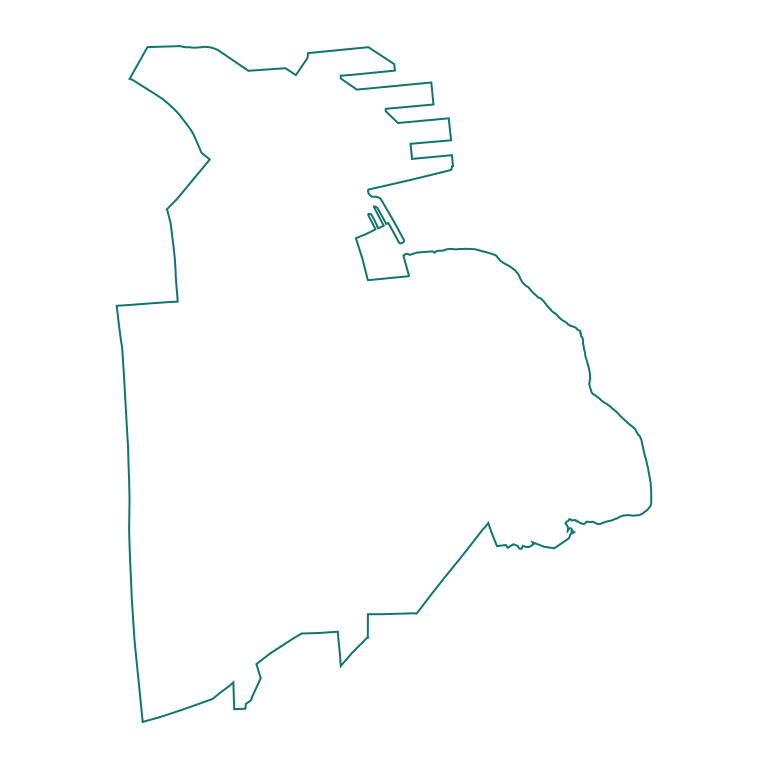 Comuna 1, Ciudad de Buenos Aires, Argentina (Robinson projection)
{"feature_id": "61730980B33319795319357", "entity_name": "Comuna 1", "entity_type": "district", "adm_level": 2, "iso_a3": "ARG", "parent_name": "Argentina", "parent_adm1": "Ciudad de Buenos Aires", "projection": "robinson", "projection_center": [-58.363, -34.606], "detail": "fine", "context": "isolated", "style": "outline", "palette": "teal", "viewbox_px": 768, "rotation_deg": 0, "n_neighbors": 0, "source": "geoboundaries", "source_scale": "gbopen_adm2", "svg_char_len": 6070}
<svg xmlns="http://www.w3.org/2000/svg" viewBox="0 0 768 768"><path d="M308.1,53.1L307.5,58.0L295.9,75.1L285.4,68.2L248.4,70.8L218.0,50.1L215.9,49.1L214.3,48.5L212.6,48.0L210.9,47.5L209.1,47.2L207.3,47.0L205.6,46.9L203.8,46.9L202.0,47.1L200.2,47.3L195.8,47.7L193.6,47.7L191.4,47.5L189.1,47.2L186.9,47.3L185.2,47.2L183.4,46.9L182.3,46.7L180.6,46.1L147.5,47.1L129.6,78.9L130.7,79.2L132.1,79.7L133.1,80.2L134.4,81.0L140.0,84.6L151.2,91.6L156.9,95.2L162.3,98.8L167.9,103.4L172.2,107.3L176.7,111.7L179.9,115.4L186.7,124.2L190.5,129.3L193.2,133.8L195.9,139.8L201.5,152.8L208.8,158.7L209.7,159.3L208.1,161.5L177.2,198.8L167.5,208.7L166.8,209.4L167.2,209.8L170.7,223.6L173.2,244.3L173.6,246.8L175.0,261.1L175.7,273.1L175.7,276.0L176.6,288.2L176.9,290.8L177.7,301.6L166.8,302.2L151.4,303.3L130.6,304.9L116.7,305.8L118.5,321.4L120.3,335.7L122.2,348.2L124.0,376.4L124.8,390.3L126.5,420.8L128.0,446.3L128.2,451.0L128.4,460.5L129.1,480.0L129.5,497.3L129.5,501.2L129.1,529.3L129.4,540.7L130.0,558.0L131.2,584.5L131.8,599.6L132.1,603.2L134.4,639.0L135.5,650.4L142.7,721.9L160.7,716.9L169.8,713.9L173.7,712.6L181.2,710.1L192.3,706.2L212.7,698.9L220.4,692.5L229.4,685.9L233.4,682.4L233.9,700.6L234.3,709.2L245.4,708.7L245.7,705.1L245.9,703.9L250.5,700.7L251.8,698.8L251.6,698.2L252.2,696.7L260.7,678.2L256.4,664.1L269.8,653.7L291.4,639.6L301.6,633.5L319.4,633.0L337.8,631.7L337.9,633.8L340.3,658.0L340.3,660.4L340.8,666.0L342.8,663.6L353.0,651.9L366.7,638.2L368.1,637.7L367.8,637.2L367.9,617.5L367.9,614.2L382.8,614.2L413.3,613.3L416.7,613.5L434.4,590.4L445.6,576.3L459.3,559.5L470.3,545.5L483.7,528.3L484.9,527.5L485.9,526.1L488.3,523.0L490.2,528.7L493.4,537.3L497.0,546.1L505.9,545.0L507.7,547.8L507.8,547.8L513.3,544.3L517.6,545.9L519.2,548.4L519.4,548.5L521.6,548.7L522.9,545.9L526.4,547.1L529.4,546.9L534.0,543.8L533.1,543.4L532.5,542.3L544.0,546.7L554.3,548.3L568.8,538.4L569.5,536.9L570.3,534.6L571.4,533.5L572.4,533.1L574.1,532.1L572.9,531.3L571.9,531.4L571.6,531.5L571.9,529.7L571.1,528.4L570.2,528.2L568.8,528.7L568.6,529.7L567.7,530.9L567.7,530.2L568.1,528.7L567.8,526.9L567.1,525.5L566.0,524.2L565.6,523.7L565.7,522.7L567.1,521.4L568.1,521.0L568.8,520.3L569.3,519.3L569.8,519.1L571.3,519.9L572.0,520.4L572.9,520.5L573.4,520.1L575.7,520.1L576.2,521.2L576.9,521.5L577.6,521.2L580.0,522.9L581.0,523.2L582.3,523.7L583.4,524.1L584.3,523.8L585.4,523.0L586.2,521.9L587.2,521.6L589.8,522.1L592.6,521.7L595.2,522.8L596.4,523.6L597.7,524.0L600.2,524.0L601.5,523.3L602.3,523.1L604.0,522.5L606.1,521.6L606.9,521.6L608.2,521.2L610.5,520.7L612.4,520.2L613.8,519.5L615.5,518.8L617.0,518.5L618.2,517.8L619.3,517.0L620.5,516.4L621.4,516.3L622.7,515.9L623.6,515.4L625.2,515.4L626.9,515.2L629.0,515.2L631.0,515.5L632.4,515.6L634.1,515.6L637.2,515.3L638.8,515.2L639.9,514.9L642.7,513.5L644.5,511.9L646.4,510.6L647.6,509.7L649.5,507.3L650.7,505.5L651.0,504.3L651.2,502.9L651.2,501.2L651.2,499.7L651.2,497.9L651.3,497.4L651.3,495.9L651.1,490.4L651.2,489.1L650.8,486.8L650.7,483.0L650.2,480.8L649.2,474.7L648.5,471.3L648.4,470.0L648.2,468.6L646.9,463.7L646.6,462.1L646.3,460.7L645.9,459.0L644.7,455.1L643.6,450.6L643.1,447.9L641.5,440.5L641.0,438.9L640.5,437.9L639.9,436.4L639.0,435.3L638.0,434.6L636.2,431.1L635.1,429.2L634.1,428.1L628.0,423.2L626.0,421.2L624.2,419.6L620.5,416.2L619.8,415.6L619.1,414.5L618.5,413.7L617.5,412.8L616.5,411.9L615.3,411.0L614.0,409.8L613.0,409.0L612.2,408.6L611.9,408.1L611.3,407.3L608.2,405.0L607.4,404.3L605.6,403.4L603.9,402.3L601.5,400.6L599.6,398.6L595.4,395.4L593.9,394.5L592.8,394.0L592.1,393.0L591.5,392.0L590.8,389.3L590.0,387.4L589.6,385.5L589.1,384.0L589.5,383.0L589.7,381.8L589.7,380.5L590.0,379.4L590.2,378.9L590.3,378.0L590.0,376.9L589.9,375.9L589.9,375.2L590.0,374.3L589.5,371.2L589.0,369.0L588.8,368.2L588.5,366.7L587.2,362.1L586.5,359.6L585.8,357.7L585.2,355.1L585.2,353.3L583.9,348.4L583.7,346.6L583.4,344.9L583.0,343.3L583.1,341.8L582.9,339.6L582.3,337.2L581.1,336.2L580.9,334.9L581.1,333.9L580.4,333.2L580.3,332.6L580.6,331.8L580.4,331.3L579.1,330.3L577.8,329.9L576.5,328.7L575.8,327.7L574.7,327.1L573.6,326.8L572.0,326.2L571.5,326.1L570.8,326.1L569.3,325.1L568.1,324.6L566.8,322.9L565.7,322.3L564.5,321.4L562.0,320.0L559.5,317.8L558.7,317.1L557.5,315.5L555.1,313.3L553.3,312.3L552.4,311.6L551.9,311.1L551.0,309.8L550.0,308.9L548.0,306.6L547.5,306.1L546.2,304.7L545.5,303.5L544.8,302.8L543.9,301.5L543.2,300.7L542.3,299.9L541.6,299.1L540.3,298.2L538.8,297.7L537.5,296.9L536.8,296.0L536.0,295.3L535.0,294.5L534.0,293.6L532.2,291.8L530.5,289.9L529.3,288.3L528.6,287.4L527.3,286.6L525.9,285.8L523.2,283.1L521.7,281.1L520.3,278.5L518.8,275.2L518.3,274.0L517.1,272.9L515.6,270.8L512.9,268.6L509.2,266.0L504.2,263.4L502.8,262.5L501.8,261.7L500.8,261.2L500.0,260.5L499.5,259.9L499.0,258.9L498.2,258.1L497.4,257.5L497.1,256.6L496.4,255.9L495.2,255.0L493.1,254.4L489.8,253.2L486.6,252.3L480.7,250.8L477.8,249.9L474.5,249.2L465.6,248.8L460.7,249.1L459.2,249.0L457.9,249.1L456.1,249.4L451.4,248.9L448.0,249.1L445.7,249.5L444.4,250.4L436.7,251.0L436.3,251.2L435.5,252.0L434.6,252.7L432.6,251.4L417.8,252.5L416.6,252.7L409.6,254.9L408.5,254.2L406.9,253.8L406.1,253.9L404.7,254.7L403.4,255.6L409.0,275.8L407.8,276.3L368.0,280.2L367.6,279.3L362.5,259.0L355.9,238.2L366.6,233.8L375.4,229.4L375.4,228.9L368.3,215.2L368.2,214.6L368.5,214.0L370.9,214.1L372.5,216.4L377.3,226.1L377.1,226.4L378.1,228.3L383.7,225.7L373.9,206.9L374.0,206.4L374.6,206.4L377.3,207.7L385.2,222.0L386.1,224.0L388.3,223.1L392.1,229.8L398.7,242.0L399.6,243.2L400.0,243.4L400.6,243.4L401.6,243.2L403.3,242.4L403.9,241.3L404.0,240.7L403.9,239.9L394.2,222.1L380.9,199.2L380.5,198.9L380.1,198.2L378.6,197.6L376.2,196.7L374.5,196.8L372.5,196.7L371.8,196.6L370.5,195.6L369.1,194.4L368.5,193.4L368.0,191.0L368.3,189.6L408.1,180.5L444.3,171.7L450.0,170.2L451.4,169.7L451.6,168.4L452.0,166.7L452.2,166.3L453.0,166.2L451.9,155.2L412.0,158.9L410.6,143.8L451.1,140.3L448.7,118.3L398.0,123.0L385.7,111.2L385.8,108.8L387.2,108.7L433.5,104.5L431.3,82.5L356.8,89.6L340.8,78.5L340.8,75.7L352.3,74.8L394.1,70.7L394.9,70.5L394.2,64.1L368.4,47.2L308.1,53.1Z" fill="none" stroke="#0f766e" stroke-width="2"/></svg>